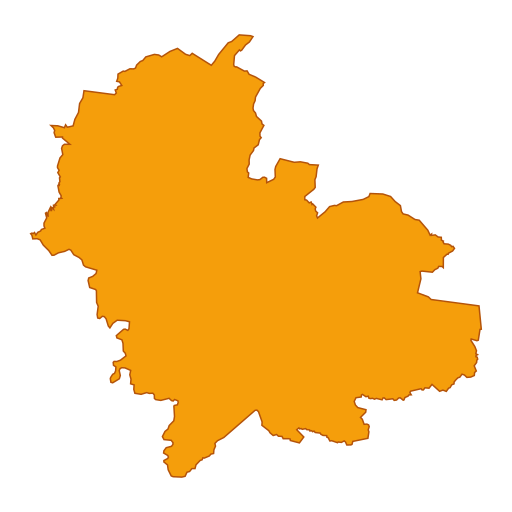 outline of Colotlán, Jalisco, Mexico
{"feature_id": "50627088B8833204369872", "entity_name": "Colotlán", "entity_type": "district", "adm_level": 2, "iso_a3": "MEX", "parent_name": "Mexico", "parent_adm1": "Jalisco", "projection": "mercator", "projection_center": [-103.289, 22.099], "detail": "fine", "context": "isolated", "style": "filled", "palette": "amber", "viewbox_px": 512, "rotation_deg": 0, "n_neighbors": 0, "source": "geoboundaries", "source_scale": "gbopen_adm2", "svg_char_len": 5975}
<svg xmlns="http://www.w3.org/2000/svg" viewBox="0 0 512 512"><path d="M250.5,35.7L239.2,34.9L231.7,41.5L228.2,42.8L218.7,54.4L214.8,61.1L211.3,65.3L192.2,53.3L189.8,55.6L185.6,54.3L177.5,48.4L170.0,51.4L161.7,56.8L158.7,55.0L154.4,54.4L145.8,56.9L142.8,60.5L140.3,61.5L136.6,65.1L135.5,68.1L133.6,68.9L129.9,68.8L124.9,71.4L123.2,71.1L118.0,74.1L117.8,78.2L116.7,81.3L119.5,81.9L121.8,85.5L118.7,86.4L117.7,87.2L117.3,89.3L115.2,90.0L116.3,93.0L114.6,94.7L84.0,90.7L82.9,97.8L79.6,103.5L78.5,112.5L74.9,119.3L73.1,125.9L67.3,127.2L65.6,124.8L64.4,127.7L57.8,125.8L51.0,125.5L53.4,127.8L54.7,130.4L54.1,132.7L55.7,137.2L62.5,137.0L62.5,138.1L69.9,144.3L64.4,144.3L62.5,145.8L61.6,148.4L62.8,154.6L60.0,157.9L57.5,166.0L57.5,167.7L59.1,170.3L57.8,172.6L60.3,176.9L59.5,177.8L59.9,181.7L58.9,183.1L59.5,184.2L59.2,185.3L58.5,184.8L57.9,185.7L59.1,192.1L61.2,195.8L60.9,197.4L61.7,198.3L58.8,198.5L58.9,200.0L55.1,204.4L55.8,205.1L53.5,205.2L53.5,206.1L54.6,206.9L53.2,207.5L53.6,209.3L51.7,207.6L51.5,210.5L50.9,210.5L50.4,207.5L47.9,212.7L48.1,216.0L47.4,215.8L46.3,212.6L45.5,213.2L46.7,217.9L44.0,223.1L44.0,225.9L44.9,228.2L41.4,229.5L40.6,231.0L37.8,232.3L35.9,235.0L34.5,232.5L33.4,233.5L31.9,233.1L30.7,233.7L31.9,235.2L32.8,238.9L37.1,238.7L40.1,239.8L43.3,245.1L48.8,250.6L52.0,255.3L54.0,255.2L58.5,252.8L64.6,251.4L69.0,249.3L70.8,250.1L73.8,254.7L79.1,257.5L81.9,259.9L83.5,265.1L85.5,266.8L96.8,270.2L96.1,273.5L92.7,276.4L88.7,278.0L88.1,280.6L89.7,287.5L95.6,289.5L96.4,290.7L96.6,302.5L98.2,306.2L97.1,314.5L97.7,318.0L99.7,318.5L102.3,316.3L104.3,316.6L106.1,318.8L108.3,326.0L109.9,327.9L112.8,323.4L117.2,320.2L125.5,320.7L129.5,321.8L129.0,328.7L127.8,330.4L125.2,329.1L123.6,329.3L116.3,335.6L116.9,337.9L121.9,339.8L123.0,343.4L123.3,351.0L125.3,353.3L126.0,355.9L120.4,360.2L116.8,361.5L114.1,361.4L113.2,362.4L113.5,365.3L115.9,366.9L115.6,370.9L114.5,373.4L112.7,374.3L110.7,377.4L110.3,378.6L110.9,382.3L112.7,382.8L119.3,378.8L120.3,375.5L119.2,370.5L120.0,368.7L121.7,367.7L125.0,367.9L130.7,370.4L129.8,374.8L131.0,379.2L130.6,383.8L134.1,384.9L133.8,389.4L134.9,393.3L141.1,394.3L146.7,392.6L149.3,393.4L152.8,393.2L154.3,394.9L154.4,398.4L155.7,399.6L160.8,400.4L169.1,398.3L171.5,400.6L173.2,401.0L174.6,399.5L177.9,400.8L178.2,402.4L177.4,404.8L174.2,405.5L173.9,406.3L174.5,416.5L173.8,420.8L169.2,425.5L168.0,429.0L165.0,431.4L162.4,436.6L164.0,439.6L171.2,440.3L173.0,442.7L172.9,444.4L171.5,446.3L166.2,447.7L163.9,450.8L163.6,453.0L167.8,455.5L168.4,457.1L167.7,458.5L163.9,460.5L163.9,462.0L167.5,464.9L168.2,469.8L171.2,475.9L173.1,476.7L181.8,477.1L185.1,476.3L187.0,472.2L189.6,471.5L191.9,468.6L195.0,468.6L196.0,464.8L200.2,460.4L202.1,459.8L202.9,457.8L204.2,458.1L209.3,456.0L210.9,454.1L213.6,453.5L213.9,449.8L215.5,446.1L214.9,443.4L217.5,440.7L223.8,437.5L255.1,410.3L256.9,410.1L258.5,411.7L262.1,421.9L261.9,425.3L268.8,430.7L270.1,432.9L273.2,435.5L276.6,434.5L278.4,436.2L282.0,436.4L283.2,438.7L288.9,438.7L290.2,439.1L290.3,440.5L299.4,442.9L303.8,437.0L296.7,429.7L298.9,427.9L299.7,428.9L301.1,428.5L302.2,429.3L305.7,428.6L306.6,429.6L309.6,429.9L309.9,431.0L311.6,430.7L312.6,431.7L314.0,431.1L315.2,432.5L320.2,433.1L320.9,434.3L323.0,435.4L326.7,435.6L326.9,437.2L328.1,437.6L329.9,441.0L331.7,440.7L337.5,442.7L338.2,442.0L341.4,442.4L344.2,440.9L345.5,442.0L346.8,445.0L350.9,444.9L352.0,444.4L352.8,441.4L367.9,438.3L368.9,431.8L368.2,429.9L369.2,426.6L368.6,424.9L366.9,424.1L364.1,424.3L362.3,419.2L360.5,417.4L365.7,412.2L366.0,409.7L357.8,407.6L355.4,405.0L354.2,401.4L356.0,397.7L361.2,397.0L361.5,394.9L362.5,394.4L365.9,396.7L368.2,396.2L368.9,398.2L370.3,398.6L372.6,398.3L374.5,399.2L376.3,398.4L382.1,399.8L383.0,398.0L384.3,397.9L386.1,399.6L392.8,398.8L394.2,400.4L396.6,400.0L398.5,398.1L400.1,397.7L403.2,400.2L404.0,399.9L404.9,397.5L408.0,396.2L409.0,394.9L411.2,394.8L409.9,392.6L410.5,391.2L421.1,388.7L422.0,389.9L423.4,389.9L425.0,387.8L429.0,388.2L432.0,384.4L439.6,391.3L442.9,390.1L446.3,391.4L448.6,388.2L450.1,387.6L451.7,384.8L454.0,383.9L454.1,382.0L455.8,379.9L457.9,377.8L459.8,377.2L462.0,374.2L464.4,375.0L466.9,377.4L470.7,377.1L474.3,375.5L474.6,372.5L476.3,371.0L474.2,365.8L476.6,362.5L476.8,360.2L477.7,359.2L477.2,357.2L475.9,356.7L476.1,355.3L477.5,354.7L475.8,353.6L476.5,350.8L474.8,346.5L470.9,340.4L471.2,339.0L476.9,340.7L478.3,340.2L480.0,329.4L481.3,329.2L479.0,305.9L431.1,299.5L428.4,296.9L417.5,292.8L420.9,278.8L420.1,271.6L422.0,271.1L432.4,272.2L434.8,269.7L437.8,268.2L438.7,266.4L442.1,266.5L443.3,267.6L443.4,257.5L447.0,254.2L448.1,254.3L448.5,253.2L452.6,251.0L454.5,248.4L453.0,246.3L451.7,246.7L450.7,245.3L448.2,244.1L444.1,243.8L443.0,241.8L443.4,241.1L441.4,240.1L441.3,237.3L438.1,237.0L435.3,234.9L431.3,235.4L431.5,234.1L430.1,235.1L427.8,230.2L419.2,220.2L415.0,219.5L408.1,215.1L403.1,213.9L401.5,211.6L400.4,205.6L395.1,201.5L390.6,196.5L382.8,194.0L370.1,193.5L368.9,196.6L363.2,199.4L352.0,201.5L343.3,202.0L336.5,205.7L334.5,205.4L329.6,206.6L325.1,211.8L317.5,218.0L316.6,215.8L317.6,212.8L315.7,211.1L315.2,208.9L315.9,207.2L312.7,203.9L312.0,204.5L311.1,202.0L309.2,202.9L306.6,200.1L304.8,199.7L304.8,196.5L313.9,189.2L315.2,187.4L314.9,179.7L316.1,176.7L317.0,168.9L318.3,165.1L309.4,164.6L307.8,163.2L300.4,161.8L294.3,162.3L280.1,158.7L275.7,166.5L275.0,169.5L275.3,177.0L273.7,179.3L266.7,182.7L266.6,178.3L264.5,177.2L262.8,177.3L259.9,179.6L257.5,179.9L251.7,178.9L248.2,177.4L248.7,173.0L247.4,171.9L246.9,168.6L249.2,164.1L249.1,159.9L250.1,155.1L253.5,150.5L254.0,148.0L258.2,144.8L259.5,139.6L261.2,137.7L260.0,136.1L259.9,132.9L263.9,125.4L262.0,123.9L261.5,121.1L256.5,116.5L255.5,113.0L253.5,110.6L253.0,108.1L253.6,103.9L255.1,100.7L255.5,97.1L260.3,88.4L263.3,85.4L263.2,83.5L264.5,82.5L255.7,77.1L249.1,74.3L247.1,70.9L244.4,71.1L236.7,66.9L235.3,66.9L234.0,66.0L233.7,64.4L234.5,55.6L239.4,49.9L240.4,50.9L241.7,50.2L245.5,45.0L249.4,42.0L253.0,36.6L250.5,35.7Z" fill="#f59e0b" stroke="#b45309" stroke-width="1.5"/></svg>